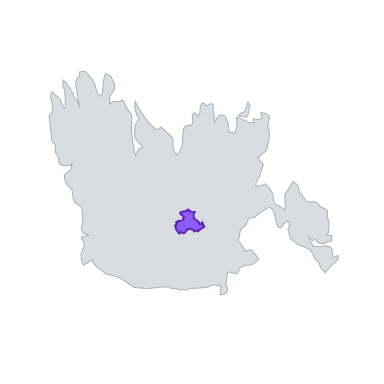 Moate Lea-4, Westmeath, Ireland (highlighted), rotated 99°
{"feature_id": "5873133B47178775343132", "entity_name": "Moate Lea-4", "entity_type": "district", "adm_level": 2, "iso_a3": "IRL", "parent_name": "Ireland", "parent_adm1": "Westmeath", "projection": "mercator", "projection_center": [-7.571, 53.503], "detail": "fine", "context": "in_parent", "style": "filled", "palette": "violet", "viewbox_px": 384, "rotation_deg": 99, "n_neighbors": 0, "source": "geoboundaries", "source_scale": "gbopen_adm2", "svg_char_len": 8274}
<svg xmlns="http://www.w3.org/2000/svg" viewBox="0 0 384 384"><g transform="rotate(99 192 192)"><path d="M238.9,60.0L231.4,65.3L230.2,67.3L228.1,75.4L227.9,77.7L223.2,86.7L220.5,88.5L216.6,90.0L214.3,91.4L211.5,90.7L207.9,90.8L206.1,92.4L206.2,93.6L207.3,95.1L213.9,99.2L213.5,100.9L211.6,102.8L199.8,107.6L196.3,110.5L195.0,112.4L196.3,115.6L205.7,125.2L207.4,126.2L208.8,131.8L217.1,134.1L220.5,137.5L223.4,138.4L229.8,138.1L232.4,139.4L233.9,138.4L234.7,136.6L241.9,129.8L239.6,124.7L246.9,116.1L248.9,116.2L252.2,118.9L255.0,122.5L255.9,127.4L258.6,131.8L260.3,133.3L264.9,134.2L265.9,136.0L265.1,142.3L265.8,144.4L277.5,144.2L282.2,141.5L286.2,142.0L288.2,144.8L289.1,147.7L285.6,148.8L282.0,148.2L280.2,150.2L280.1,153.9L281.3,158.6L283.8,162.0L285.7,169.6L287.3,177.9L289.8,183.0L290.4,189.2L290.0,192.3L290.4,197.8L289.4,199.8L290.2,204.9L294.4,221.5L295.3,234.5L293.2,239.3L290.4,243.8L288.5,249.3L287.1,255.1L286.3,264.5L280.2,275.4L277.6,278.2L274.6,279.8L281.2,287.5L275.8,290.9L270.0,291.9L263.5,290.0L259.5,290.3L254.4,294.2L253.3,293.5L250.8,287.2L249.1,293.7L245.3,295.8L239.0,295.3L228.4,297.0L224.3,298.9L222.6,301.7L221.3,305.1L219.6,307.0L217.8,308.0L209.6,310.5L207.9,311.5L204.1,316.8L199.1,319.9L195.0,320.8L191.4,317.7L189.8,315.8L188.1,314.9L182.5,315.0L184.3,316.0L185.4,318.2L186.0,322.4L185.4,326.5L182.6,328.6L179.3,328.9L174.0,333.2L167.1,334.3L163.4,338.3L140.5,344.8L139.2,344.9L136.1,343.2L132.6,342.5L129.2,343.0L119.6,346.7L115.0,346.0L120.9,336.8L128.9,332.2L129.7,330.9L127.1,330.3L112.0,333.5L106.7,336.3L101.5,337.0L103.9,332.9L110.7,327.1L116.5,323.3L119.1,320.0L126.2,316.1L103.2,324.0L97.2,323.1L95.8,320.9L91.1,321.9L89.3,316.6L96.2,308.4L100.3,304.9L105.1,303.1L109.8,300.3L111.5,297.0L109.3,296.0L95.4,296.8L88.7,296.1L89.1,293.5L90.3,290.5L97.2,285.5L101.0,284.7L104.3,285.2L110.2,288.2L118.0,287.2L114.7,284.0L114.2,277.5L111.7,275.3L114.9,272.3L118.5,270.4L124.6,264.2L126.8,263.2L138.9,261.7L151.9,258.4L164.8,253.8L158.2,251.3L155.0,247.9L149.9,254.7L146.2,257.3L135.9,258.7L132.6,257.9L128.0,255.8L126.6,256.6L125.2,258.3L118.4,261.6L111.2,262.4L119.5,256.3L130.2,245.9L132.5,242.6L135.9,236.9L134.9,234.3L132.7,232.9L140.4,221.0L143.1,218.9L148.0,218.5L151.7,216.7L153.2,216.7L154.7,216.0L157.9,212.4L153.0,210.1L147.9,209.0L132.3,210.2L130.2,209.9L128.3,208.8L127.0,207.3L126.1,203.2L124.9,202.3L121.4,202.3L117.9,203.5L115.5,203.4L113.1,201.7L116.9,197.5L112.0,196.5L107.0,197.3L102.9,196.1L102.8,193.5L104.6,190.9L102.2,188.4L101.7,185.3L104.3,183.8L107.1,184.3L113.0,182.0L120.4,180.8L114.0,178.6L111.5,176.6L111.4,173.6L111.9,171.0L119.3,166.7L127.2,164.8L126.6,161.9L127.1,158.8L119.2,157.9L111.3,160.1L112.1,154.2L114.0,148.8L114.4,145.2L114.0,141.4L110.3,143.1L109.9,137.7L108.3,134.0L102.8,136.6L103.0,131.7L104.5,128.3L107.4,126.8L110.2,127.5L115.5,127.4L120.6,124.9L127.9,124.2L139.6,125.0L147.6,132.2L149.7,130.9L152.9,126.4L154.4,125.9L166.5,127.9L174.0,130.5L176.1,129.7L175.0,124.6L172.4,121.1L175.6,116.5L179.6,113.4L182.2,111.8L188.3,109.9L191.0,108.0L192.8,102.1L195.6,97.1L180.3,99.7L165.7,93.8L168.0,89.7L171.1,87.3L176.4,85.5L176.9,83.3L179.6,81.5L184.0,76.7L182.4,70.5L183.3,65.9L186.5,63.0L187.5,58.7L188.9,55.5L195.4,54.4L201.6,51.5L211.2,51.1L213.7,52.2L213.1,47.1L217.6,46.4L219.4,47.4L220.2,51.1L222.2,53.4L222.9,57.5L221.5,60.7L219.2,63.1L221.3,65.5L218.0,70.0L221.6,68.1L226.6,63.7L226.3,60.2L225.5,55.7L224.1,51.6L224.7,47.1L227.5,44.3L234.9,42.9L231.9,37.8L234.6,37.3L237.5,38.4L241.9,42.3L251.0,47.9L246.6,52.9L241.0,56.3L238.9,60.0ZM109.7,156.1L109.5,158.4L106.0,155.5L104.3,152.4L94.6,150.9L98.6,147.8L100.6,148.7L107.4,148.8L109.3,150.2L109.7,156.1Z" fill="#d9dde1" stroke="#a8b0b8" stroke-width="1"/><path d="M227.6,203.6L227.8,203.4L228.1,203.5L228.2,203.4L228.2,203.2L228.3,203.2L228.2,203.1L228.2,202.8L228.3,202.8L228.4,202.7L228.6,202.7L228.8,202.5L229.0,202.5L229.1,202.3L230.3,202.6L230.9,202.2L231.7,201.8L231.8,201.8L231.8,201.6L231.9,201.2L232.2,201.1L233.0,200.4L232.8,200.3L233.0,200.0L233.2,199.9L233.5,200.0L233.7,199.8L234.3,199.1L235.2,198.3L234.1,197.8L234.1,197.7L233.9,197.6L233.4,197.5L233.3,197.1L233.5,196.9L233.1,196.6L233.1,196.4L233.2,196.2L233.6,196.2L233.8,196.3L234.1,196.3L233.7,195.1L233.3,194.8L233.3,194.7L234.0,194.6L234.2,194.2L234.2,193.9L234.2,194.0L234.2,193.9L234.2,193.7L234.1,193.4L233.8,193.2L233.5,192.6L233.3,192.8L233.1,192.6L232.9,192.4L232.7,192.4L232.3,191.9L232.1,192.0L232.0,191.9L231.8,192.0L231.5,191.8L231.3,191.9L230.3,191.6L230.6,191.2L229.2,190.6L229.1,190.4L229.5,189.9L229.4,189.4L229.2,189.3L228.9,189.2L228.8,189.3L228.7,189.2L228.5,188.9L228.4,188.7L228.5,188.6L228.8,188.4L229.2,188.6L229.1,188.4L228.9,188.4L228.6,187.8L228.6,187.7L228.8,187.5L228.9,187.2L228.7,187.1L228.8,186.9L229.1,186.6L229.0,186.4L229.0,186.1L229.3,186.0L229.3,185.6L229.2,185.3L229.0,185.2L228.9,184.7L229.1,184.7L229.3,184.8L229.3,184.7L230.2,184.4L230.9,183.6L229.0,181.3L228.8,180.9L228.7,180.8L228.6,180.6L228.8,180.5L229.1,180.3L229.4,180.4L229.5,180.7L229.9,180.9L230.2,180.2L229.8,180.0L229.4,179.6L229.2,179.5L229.4,178.9L229.3,178.7L229.3,178.9L228.9,178.7L228.7,179.0L228.6,179.3L228.4,179.1L228.3,178.9L228.2,178.7L228.0,178.4L227.9,178.4L227.5,178.4L227.5,178.2L227.6,177.8L227.5,177.7L227.4,177.5L227.4,177.3L227.2,177.2L226.6,176.7L226.2,176.2L225.9,176.0L225.7,176.0L225.5,175.8L225.6,175.6L225.6,175.3L225.7,175.1L225.2,174.8L224.1,174.2L223.9,174.4L224.1,174.7L224.0,174.9L224.2,175.1L224.2,175.3L223.7,175.1L223.4,175.2L223.6,175.4L223.5,175.6L223.4,175.5L222.3,175.5L222.2,176.3L222.1,176.7L222.3,176.9L222.5,177.1L222.5,177.3L222.3,177.5L221.6,177.0L221.2,176.6L220.3,176.4L220.1,176.9L220.1,177.3L220.5,177.3L221.0,177.7L221.8,178.0L222.2,178.4L222.5,178.9L222.3,179.0L222.3,179.3L222.2,179.4L222.5,179.8L222.6,180.0L222.4,180.3L221.9,180.3L221.7,180.1L221.4,180.0L221.1,180.2L220.9,180.2L220.6,180.4L220.6,180.5L220.4,180.7L220.7,181.0L220.8,181.3L220.7,181.5L220.3,181.8L219.9,182.1L219.8,181.9L219.5,181.9L219.3,182.2L219.4,182.9L219.0,183.2L218.5,184.2L217.9,184.5L218.1,185.1L218.1,185.9L217.9,186.5L217.3,186.8L217.1,186.7L216.9,186.4L216.8,186.5L216.5,186.4L215.8,186.1L215.6,186.3L215.5,186.2L215.1,186.4L215.0,186.5L215.1,186.9L215.0,187.0L214.4,186.8L214.1,187.0L213.9,187.0L213.8,186.8L213.3,186.4L212.8,186.2L212.6,186.3L212.3,186.3L212.1,186.1L211.6,186.3L211.1,186.1L211.3,186.8L211.5,187.0L211.7,187.3L211.5,187.7L211.5,187.9L211.6,188.0L211.5,188.4L211.6,188.5L211.6,188.9L211.6,189.1L211.9,189.7L211.8,189.8L211.4,189.8L211.1,190.2L211.1,190.4L211.1,190.6L211.0,190.9L210.9,191.1L210.7,191.3L210.9,191.4L211.1,191.4L211.3,191.9L210.9,192.1L210.9,191.9L210.8,191.7L210.7,191.7L210.8,191.9L210.9,192.1L210.1,192.6L210.3,192.7L210.3,193.1L210.3,193.4L210.1,193.7L210.3,193.7L210.6,193.9L210.6,193.7L210.8,193.9L211.1,194.0L211.5,194.0L211.5,194.3L211.6,194.5L211.7,194.8L211.8,194.9L211.7,195.0L211.5,195.4L211.7,195.5L211.9,195.7L211.9,195.9L212.0,196.0L211.9,196.1L212.0,196.3L212.3,196.4L212.4,196.7L212.3,196.8L212.3,197.0L212.5,197.1L212.5,197.3L212.4,197.4L212.8,197.8L213.0,198.3L212.8,199.0L213.1,199.1L213.2,199.3L213.3,199.5L213.5,199.7L214.2,200.7L215.3,200.3L215.4,200.1L215.9,199.8L215.7,199.5L215.4,199.5L215.6,199.0L215.6,198.7L215.8,198.7L216.0,198.5L216.3,198.6L216.4,198.1L216.5,197.9L216.3,197.8L216.4,197.7L216.5,197.7L216.8,197.7L217.0,197.6L217.1,197.3L217.2,197.2L217.1,196.9L217.2,197.0L217.5,197.0L217.7,196.7L217.8,196.3L217.9,196.5L218.2,196.7L218.5,196.7L218.6,196.3L218.7,196.2L218.8,196.3L218.8,196.2L219.0,196.1L219.3,196.0L219.5,196.0L219.5,195.8L219.7,195.7L219.9,195.8L220.0,196.0L220.5,196.2L220.5,196.3L220.5,196.5L220.5,196.8L220.6,197.0L221.2,197.2L221.5,197.4L221.6,197.5L221.8,197.9L221.7,198.1L221.9,198.4L222.0,198.5L222.4,198.7L222.4,198.8L222.4,199.1L222.4,199.3L222.3,199.5L222.4,199.9L222.4,200.1L222.5,200.6L222.5,200.8L222.4,200.9L222.5,201.0L222.6,201.3L222.8,201.2L222.9,201.3L223.0,201.5L223.6,202.0L223.8,202.9L224.2,203.3L224.3,203.2L224.1,202.9L223.9,202.6L223.9,202.4L224.0,202.5L224.1,202.4L224.1,202.2L224.2,201.9L224.2,201.3L224.8,201.6L225.0,201.6L225.5,201.7L225.8,201.8L225.8,202.0L225.7,202.3L225.8,202.5L226.2,202.7L226.3,202.7L226.5,202.6L226.9,202.5L227.3,202.8L227.5,203.4L227.6,203.6Z" fill="#8b5cf6" stroke="#5b21b6" stroke-width="1.5"/></g></svg>